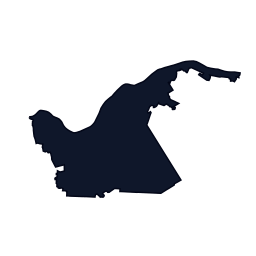 Dunavas pag., Jekabpils, Latvia, rotated 282°
{"feature_id": "27541924B9707023738482", "entity_name": "Dunavas pag.", "entity_type": "district", "adm_level": 2, "iso_a3": "LVA", "parent_name": "Latvia", "parent_adm1": "Jekabpils", "projection": "albers", "projection_center": [26.187, 56.189], "detail": "fine", "context": "isolated", "style": "filled", "palette": "ink", "viewbox_px": 256, "rotation_deg": 282, "n_neighbors": 0, "source": "geoboundaries", "source_scale": "gbopen_adm2", "svg_char_len": 5388}
<svg xmlns="http://www.w3.org/2000/svg" viewBox="0 0 256 256"><g transform="rotate(282 128 128)"><path d="M52.4,102.4L53.0,106.2L53.6,110.0L53.9,109.9L54.0,110.0L54.3,110.0L56.0,110.1L56.4,110.5L56.6,110.5L56.8,110.8L56.9,111.1L56.8,111.4L56.9,111.6L56.6,112.3L56.3,112.6L55.7,113.4L55.7,113.5L55.7,113.8L55.8,113.8L55.8,114.1L55.6,114.3L55.4,114.5L55.0,114.8L54.8,114.9L54.8,115.0L54.7,115.2L54.7,115.6L54.8,115.8L54.9,116.2L55.0,116.5L55.1,116.9L55.1,117.6L55.2,118.0L55.4,118.2L55.5,118.3L56.0,118.6L56.5,118.7L57.1,118.7L57.3,118.6L57.5,118.2L57.8,117.7L58.1,117.1L58.4,116.8L58.7,116.8L59.3,117.1L59.9,117.7L60.2,117.9L60.5,118.0L60.8,118.3L61.1,118.7L61.4,119.3L61.6,119.6L61.7,119.8L61.7,120.1L61.7,120.4L61.6,120.6L61.6,120.8L61.4,121.0L61.0,121.3L60.9,121.5L60.9,121.9L61.1,122.2L61.2,122.5L61.3,122.7L61.3,123.0L61.8,123.4L65.9,127.2L66.1,127.4L66.1,127.5L66.7,131.3L66.8,131.5L66.7,131.7L66.8,132.9L64.2,133.3L64.5,134.9L64.9,137.2L65.3,139.8L67.0,150.4L67.2,150.8L69.6,165.2L71.0,173.7L71.1,173.8L76.8,179.7L76.9,179.9L81.8,185.0L83.1,184.9L85.0,187.1L85.5,187.7L85.6,187.8L88.1,190.6L109.6,169.9L134.8,145.7L139.6,146.3L145.1,146.9L147.8,147.3L148.6,146.5L147.6,145.6L147.2,145.4L147.1,145.2L147.0,144.9L147.0,144.4L147.8,144.0L148.5,143.6L150.1,144.2L153.3,144.7L154.9,146.0L155.1,148.6L153.4,148.7L153.5,149.3L154.4,150.5L155.3,151.3L158.2,152.4L159.1,152.7L158.1,153.6L157.5,158.4L158.0,158.6L157.9,159.0L159.4,160.4L159.5,160.9L159.0,161.5L158.6,163.2L157.6,164.4L157.8,164.8L157.4,166.0L156.5,167.5L156.2,167.6L155.6,167.5L155.4,168.0L156.3,168.2L155.8,169.3L156.0,169.6L156.2,169.9L156.9,170.0L157.9,169.9L158.3,168.0L162.6,172.5L163.1,170.3L163.1,170.1L163.6,168.3L164.6,163.6L164.9,163.3L165.5,162.8L165.9,162.3L166.3,162.2L166.8,162.2L167.1,162.1L167.4,162.0L167.5,161.9L167.6,161.7L167.6,161.4L168.0,161.0L169.3,160.3L169.7,160.2L170.3,160.1L170.5,159.9L170.6,160.1L174.4,164.1L176.7,161.9L177.9,160.7L180.7,158.0L181.2,158.4L180.3,159.6L182.6,159.9L183.5,160.5L183.8,161.1L184.1,162.9L184.6,163.5L187.7,164.5L187.9,164.6L190.8,164.3L191.6,164.2L192.1,163.9L192.3,163.7L194.2,164.1L194.8,166.1L195.0,166.1L195.6,167.5L196.4,167.0L196.7,167.6L196.7,168.4L196.0,169.9L195.5,170.6L195.6,172.1L194.4,173.7L194.6,174.4L195.3,174.5L199.1,175.3L200.1,177.3L200.2,177.7L197.3,190.5L195.5,189.9L196.3,186.7L196.2,186.6L195.9,186.5L194.8,186.1L191.2,195.1L191.4,197.3L192.8,197.5L193.0,197.7L193.1,197.8L193.2,197.7L193.3,197.8L193.9,197.8L194.5,197.9L195.0,197.9L196.2,197.7L196.4,197.4L196.7,197.1L196.9,201.4L196.9,205.5L197.0,207.3L197.6,208.6L197.6,208.9L197.7,209.5L198.4,216.1L197.2,216.9L197.3,218.1L195.2,218.6L195.6,219.9L195.8,220.6L195.7,221.3L195.4,222.5L196.9,223.1L198.4,223.7L198.8,223.7L199.2,223.5L199.5,223.4L200.4,223.3L200.4,224.2L200.4,224.9L200.3,225.4L200.3,226.0L200.9,225.8L201.7,225.5L202.1,225.3L202.4,225.8L202.7,226.1L203.2,226.3L205.2,226.2L205.0,222.9L204.9,220.9L204.6,219.3L204.1,217.1L203.6,213.8L203.5,210.7L203.8,207.2L204.2,203.8L203.8,200.9L203.6,196.3L203.7,192.5L205.1,188.3L206.4,184.0L207.1,181.1L207.1,178.0L206.1,174.1L205.1,170.8L203.7,167.7L202.3,165.4L200.5,162.3L199.1,159.9L197.7,157.1L196.3,154.5L194.8,151.5L192.7,148.1L192.1,146.7L191.0,145.0L189.5,143.6L187.8,142.1L185.5,140.1L180.0,136.2L177.6,134.4L176.1,132.8L174.2,130.0L172.7,127.9L171.1,125.8L170.8,124.5L170.8,123.3L170.7,121.6L170.9,119.8L170.8,118.2L170.5,116.6L169.8,115.4L168.9,114.3L167.6,113.1L165.4,111.6L162.8,109.8L159.0,107.5L155.6,105.7L154.5,104.6L151.7,102.4L149.2,100.6L145.8,99.0L141.7,97.5L140.1,97.3L136.3,96.7L127.2,94.4L125.7,93.8L123.9,92.8L122.3,91.7L121.0,90.4L119.4,88.2L114.7,81.8L112.9,78.6L112.3,77.1L112.0,75.9L112.2,74.5L112.9,71.7L113.6,69.7L114.3,68.1L115.2,66.5L116.8,64.6L117.7,63.8L119.9,62.1L120.5,61.5L121.5,60.2L122.4,58.8L123.0,56.6L123.3,54.6L123.7,52.7L123.8,52.3L124.4,51.2L125.2,50.2L126.3,48.2L126.9,46.9L127.3,44.5L127.3,42.7L127.2,40.3L127.1,39.2L126.9,38.5L126.3,37.7L124.9,36.7L122.6,35.3L121.2,34.2L119.8,32.7L119.1,31.3L118.6,29.7L117.8,30.0L117.3,30.1L117.2,30.1L117.1,29.8L116.9,30.0L116.8,30.4L116.7,30.5L116.6,31.3L116.5,31.5L116.5,31.9L116.5,32.1L116.5,32.3L116.4,32.6L116.4,32.8L116.6,32.9L116.6,33.0L116.5,33.5L116.4,33.7L116.3,33.8L116.1,33.9L115.9,33.8L115.7,33.7L115.6,33.8L115.3,33.8L115.2,33.7L114.8,33.5L114.4,33.3L114.1,33.3L113.7,33.5L113.2,33.6L112.8,33.5L112.6,33.6L112.3,33.7L111.9,33.9L111.4,33.8L111.1,33.9L110.8,33.9L110.7,34.0L110.3,34.4L110.2,34.7L110.2,34.8L109.8,34.9L109.7,34.9L109.7,35.0L108.3,35.4L107.8,35.6L106.0,36.0L103.3,36.9L100.4,37.9L99.0,38.8L97.3,39.8L93.8,41.4L94.2,42.0L94.5,43.1L94.3,44.8L94.5,48.1L93.6,48.1L91.4,48.2L91.3,48.6L90.0,49.0L89.5,49.3L88.0,49.8L87.8,49.9L87.8,50.0L87.5,51.6L87.5,52.2L87.6,52.4L88.1,52.9L88.2,53.1L88.3,53.4L88.3,53.6L87.9,54.4L87.8,54.5L87.3,54.8L87.2,55.1L87.6,56.1L88.2,56.7L87.6,57.3L86.6,58.0L84.6,58.9L84.1,59.3L81.7,59.9L81.3,60.1L80.5,60.6L74.8,65.3L75.4,66.6L76.4,68.5L78.8,73.3L72.7,74.7L71.3,71.8L70.8,70.6L71.5,67.9L68.9,68.4L68.6,67.4L67.5,67.6L67.7,68.6L65.5,69.0L65.4,68.5L63.7,67.0L62.9,67.2L62.5,67.4L63.1,68.6L62.4,68.5L61.1,69.3L61.0,69.0L59.4,69.3L59.0,69.3L58.6,69.8L58.1,70.3L56.0,70.6L56.3,71.7L55.1,71.9L54.7,73.0L54.9,73.9L55.6,75.4L55.2,77.1L53.1,77.1L53.7,80.4L52.4,81.5L52.5,81.6L48.9,82.2L49.4,84.8L49.5,85.6L49.4,85.6L50.6,92.4L51.4,97.1L52.4,102.4Z" fill="#0f172a" stroke="#020617" stroke-width="1.5"/></g></svg>